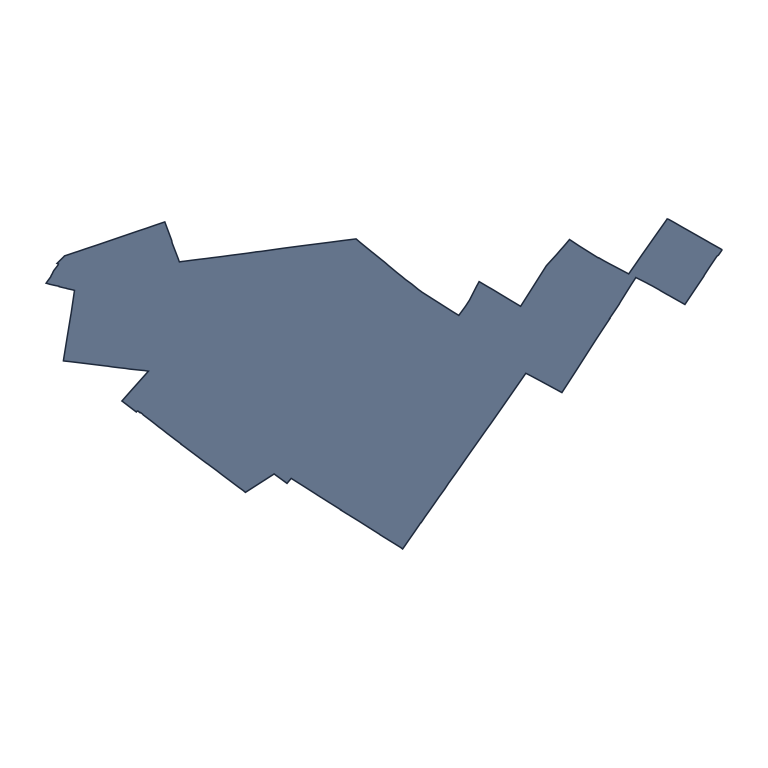 Garbovi, Ialomita, Romania (Natural Earth projection)
{"feature_id": "2599482B59574736363397", "entity_name": "Garbovi", "entity_type": "district", "adm_level": 2, "iso_a3": "ROU", "parent_name": "Romania", "parent_adm1": "Ialomita", "projection": "natural_earth1", "projection_center": [26.782, 44.778], "detail": "fine", "context": "isolated", "style": "filled", "palette": "slate", "viewbox_px": 768, "rotation_deg": 0, "n_neighbors": 0, "source": "geoboundaries", "source_scale": "gbopen_adm2", "svg_char_len": 4047}
<svg xmlns="http://www.w3.org/2000/svg" viewBox="0 0 768 768"><path d="M402.6,549.0L402.9,548.6L404.8,545.9L407.8,541.5L415.0,531.2L417.5,527.5L419.1,525.2L420.7,522.7L421.0,522.8L422.8,520.2L424.7,517.3L427.2,513.8L430.4,509.3L432.0,507.0L435.1,502.6L438.6,497.5L440.1,495.4L441.1,494.1L442.1,492.7L444.6,489.3L448.2,483.8L448.9,482.7L449.7,481.7L451.6,479.0L456.6,472.1L456.9,471.6L460.5,466.5L465.7,459.0L471.8,450.3L476.0,444.4L483.6,433.6L486.5,429.5L488.3,427.0L491.0,423.3L495.4,417.0L501.2,408.7L506.9,400.5L525.8,373.3L528.1,374.4L536.6,378.9L561.9,392.6L576.3,370.4L590.4,348.3L596.7,338.5L602.4,329.8L609.9,318.5L609.6,318.4L615.6,309.6L619.4,303.9L619.4,303.7L620.7,301.5L622.0,299.4L622.7,298.3L631.5,284.2L635.5,278.1L635.8,277.5L636.8,278.0L637.4,278.3L642.4,280.8L647.3,283.3L647.9,283.7L652.6,286.1L654.5,287.2L659.7,290.1L660.3,290.6L667.8,294.9L668.1,295.0L684.9,304.5L694.4,290.3L703.9,276.2L704.2,275.4L709.1,267.8L716.8,256.4L717.3,255.9L718.4,255.2L719.9,253.1L721.4,250.9L721.9,250.2L721.9,249.8L721.8,249.5L721.2,249.2L720.1,248.5L718.4,247.6L716.3,246.4L712.9,244.5L710.2,243.0L708.5,242.0L707.5,241.4L697.8,235.9L686.2,229.3L684.2,228.2L679.5,225.5L676.6,223.8L673.8,222.2L672.2,221.3L670.9,220.6L669.5,219.8L668.9,219.5L668.6,219.3L668.3,219.2L668.1,219.2L667.7,219.1L667.3,219.2L667.1,219.0L666.8,219.5L663.5,224.2L657.4,232.8L653.6,238.2L647.1,247.5L642.0,254.7L635.4,264.3L628.7,273.9L614.5,266.4L609.9,264.0L604.0,260.8L600.2,258.6L599.7,258.3L598.6,257.7L598.2,257.9L597.5,257.4L595.1,255.9L589.2,252.2L581.4,247.3L579.3,246.0L570.6,240.2L570.2,240.0L569.5,239.5L566.5,243.1L562.8,247.4L560.8,249.6L556.6,254.5L552.4,259.1L547.8,264.1L546.3,265.8L539.7,276.2L530.8,290.3L520.6,306.3L510.2,300.1L499.6,293.7L493.7,290.1L491.3,288.7L491.0,288.5L488.8,287.3L480.0,282.1L479.1,281.6L477.4,284.8L476.9,285.6L469.3,300.5L468.9,301.0L465.8,305.8L464.3,307.9L460.1,313.6L458.8,315.4L458.3,315.0L457.5,314.6L452.6,311.6L421.6,291.9L421.2,291.5L418.9,289.9L418.0,289.2L415.6,287.2L412.8,284.9L412.1,284.3L408.8,281.9L405.6,279.6L401.9,276.5L397.2,272.8L392.3,268.7L388.3,265.4L386.2,263.5L384.3,261.9L381.4,259.6L372.6,252.5L372.4,252.4L361.5,243.5L359.9,242.2L356.1,238.9L343.1,240.5L330.3,242.2L301.0,245.9L282.7,248.3L271.5,249.9L261.0,251.4L255.7,251.9L254.8,252.1L248.0,253.1L245.0,253.5L236.3,254.6L231.5,255.2L222.8,256.4L218.1,257.0L211.4,257.8L207.0,258.4L201.9,259.0L200.1,259.2L191.3,260.3L183.7,261.3L182.5,261.4L179.4,261.9L179.3,261.7L178.7,260.1L178.3,258.9L175.8,252.4L172.4,243.6L172.1,242.7L171.7,240.4L164.8,221.9L154.2,225.5L146.2,228.3L138.3,230.9L119.0,237.5L97.7,244.8L85.9,248.7L77.2,251.7L75.8,252.1L69.3,254.3L64.5,255.9L63.7,256.8L57.0,263.4L58.4,263.9L57.8,265.4L53.9,270.4L53.0,272.0L52.6,273.0L52.1,274.0L51.6,274.8L51.1,275.7L50.8,276.7L47.2,281.6L46.1,283.2L47.9,283.7L49.7,284.3L50.3,284.4L55.6,285.6L57.4,285.9L58.1,286.1L58.9,286.2L59.2,286.4L59.2,286.7L64.2,287.9L66.4,288.3L66.8,288.6L69.1,289.1L69.8,289.2L70.4,289.4L71.0,289.5L72.8,289.9L74.5,290.4L71.0,314.2L70.9,314.5L67.1,337.6L63.4,360.6L63.4,360.9L65.0,361.1L69.8,361.6L84.7,363.4L105.1,365.9L108.1,366.2L108.5,366.3L112.2,366.9L118.8,367.7L125.4,368.4L129.7,369.1L130.8,369.2L136.7,369.8L142.6,370.4L144.2,370.5L148.4,371.2L130.2,391.6L128.7,393.3L121.9,401.0L136.3,412.0L136.9,411.3L137.2,411.2L137.4,411.1L137.7,411.1L137.9,411.1L138.2,411.2L138.4,411.4L138.6,411.6L140.1,412.8L140.5,412.5L140.8,412.7L142.5,414.0L143.1,414.8L152.7,422.1L159.2,427.3L159.9,427.8L160.3,428.1L162.1,429.4L167.1,433.4L176.2,440.3L176.5,440.5L178.4,441.9L181.3,444.1L181.3,444.3L181.2,444.4L182.3,445.1L191.0,451.6L202.2,460.0L206.9,463.5L207.1,463.5L208.8,464.8L217.2,471.0L221.4,474.3L238.7,487.3L243.2,490.5L245.4,492.4L273.0,474.7L274.1,473.9L276.2,475.5L279.8,478.1L287.0,483.4L291.2,478.4L303.9,486.4L316.9,494.7L317.1,494.9L328.7,502.2L340.4,509.5L340.5,509.6L340.8,509.8L341.0,509.9L340.8,510.1L359.1,521.3L369.3,527.8L379.6,534.3L380.1,534.8L400.2,547.2L400.4,547.3L402.6,549.0Z" fill="#64748b" stroke="#1e293b" stroke-width="1.5"/></svg>